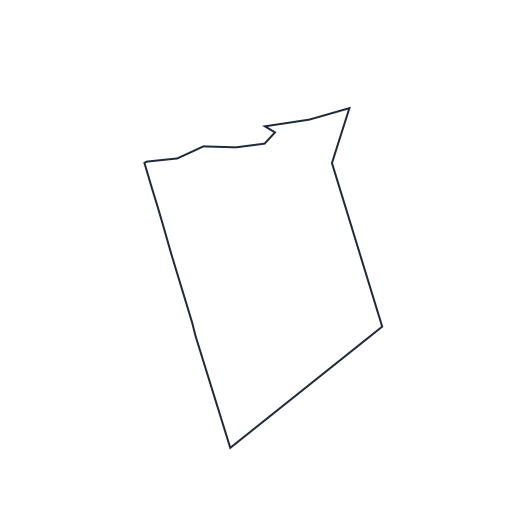 Hays, Texas, United States of America (Robinson projection), rotated 213°
{"feature_id": "52423323B40062002431262", "entity_name": "Hays", "entity_type": "district", "adm_level": 2, "iso_a3": "USA", "parent_name": "United States of America", "parent_adm1": "Texas", "projection": "robinson", "projection_center": [-97.934, 30.054], "detail": "fine", "context": "isolated", "style": "outline", "palette": "slate", "viewbox_px": 512, "rotation_deg": 213, "n_neighbors": 0, "source": "geoboundaries", "source_scale": "gbopen_adm2", "svg_char_len": 441}
<svg xmlns="http://www.w3.org/2000/svg" viewBox="0 0 512 512"><g transform="rotate(213 256 256)"><path d="M111.7,265.5L198.3,338.0L242.9,375.3L248.7,396.3L250.4,402.5L258.2,430.9L285.6,399.4L319.2,369.6L307.4,370.0L310.0,354.9L332.0,336.2L359.8,319.3L375.2,294.9L399.1,275.6L400.3,273.3L380.0,256.0L365.3,243.7L349.8,230.4L328.1,211.5L273.2,165.3L263.3,156.1L173.1,81.1L111.7,265.5Z" fill="none" stroke="#1e293b" stroke-width="2"/></g></svg>